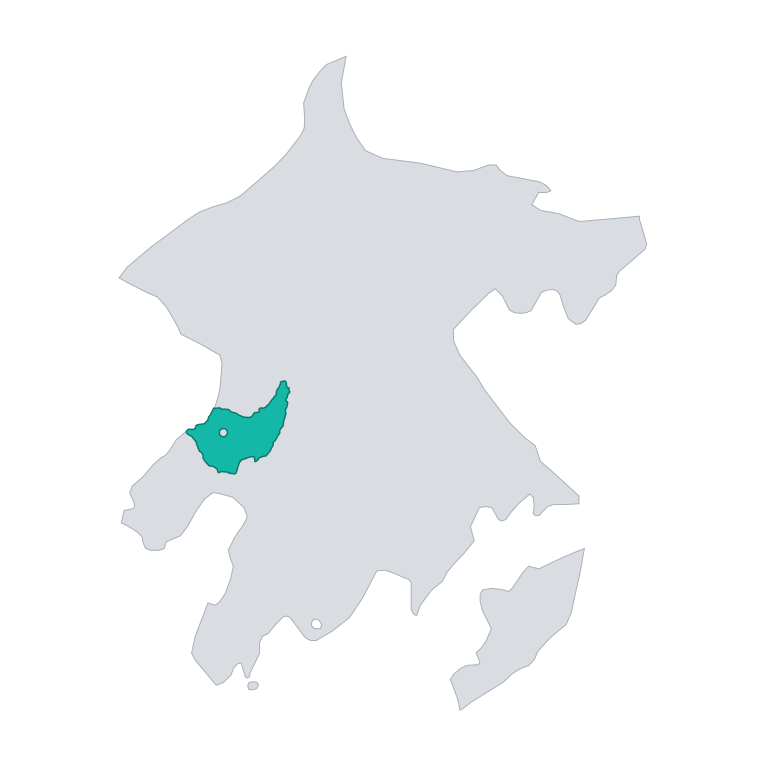 Shaki District, Şəki, Azerbaijan (highlighted), rotated 268°
{"feature_id": "54616110B25010354244926", "entity_name": "Shaki District", "entity_type": "district", "adm_level": 2, "iso_a3": "AZE", "parent_name": "Azerbaijan", "parent_adm1": "Şəki", "projection": "orthographic", "projection_center": [47.215, 41.108], "detail": "fine", "context": "in_parent", "style": "filled", "palette": "teal", "viewbox_px": 768, "rotation_deg": 268, "n_neighbors": 0, "source": "geoboundaries", "source_scale": "gbopen_adm2", "svg_char_len": 6268}
<svg xmlns="http://www.w3.org/2000/svg" viewBox="0 0 768 768"><g transform="rotate(268 384 384)"><path d="M542.8,645.3L539.4,645.1L514.9,651.4L509.7,649.6L488.3,623.1L483.9,620.2L474.8,619.1L469.5,614.7L465.0,607.6L462.5,602.2L440.7,587.9L437.4,582.6L436.9,577.9L440.1,573.7L443.7,570.1L454.3,566.4L466.6,563.1L470.5,560.8L472.5,556.9L472.3,550.7L470.2,544.6L452.4,533.7L450.4,529.0L449.8,523.1L450.7,516.9L453.4,512.1L467.7,505.4L475.3,498.6L470.5,491.1L454.8,474.0L436.3,455.3L424.0,455.2L410.0,460.9L387.5,477.2L375.0,484.1L358.7,495.6L340.9,508.3L326.3,521.8L317.1,532.9L300.9,537.8L292.6,547.1L265.2,575.0L257.5,574.6L257.2,560.6L257.6,549.6L256.0,543.2L247.2,534.4L247.1,530.7L249.5,528.4L256.3,529.8L264.9,529.4L269.1,526.0L259.9,514.5L251.7,506.7L244.8,501.5L243.3,498.4L243.3,496.2L244.8,493.6L256.7,487.4L258.0,481.6L257.2,475.1L238.4,465.4L224.2,468.7L211.7,457.8L203.7,449.4L193.6,440.4L184.7,435.4L176.2,424.1L161.3,412.3L151.7,408.8L151.9,407.1L153.7,405.0L157.8,403.3L184.5,404.2L187.8,402.2L189.6,397.3L193.3,390.0L197.8,379.3L197.5,370.3L171.0,355.2L151.8,341.4L138.7,323.4L129.9,307.0L130.3,301.6L133.1,296.5L154.0,282.0L155.5,278.1L155.1,275.5L147.9,267.7L138.8,259.6L136.0,253.8L130.3,250.7L119.2,250.3L100.1,240.1L96.0,239.1L95.1,237.1L96.1,235.2L110.0,231.6L109.9,228.4L105.8,224.0L98.1,220.7L91.1,212.8L88.8,205.8L114.2,186.1L121.6,182.3L137.8,186.3L171.3,200.4L168.8,207.8L172.2,212.1L179.9,217.9L194.7,224.0L207.3,227.1L213.7,224.7L223.4,222.6L236.0,229.4L247.6,238.0L253.3,241.5L256.4,242.6L265.3,239.8L276.0,229.0L280.3,215.8L281.5,209.5L275.4,200.7L262.7,191.2L248.6,182.7L239.5,175.3L233.8,160.7L228.0,159.0L226.5,157.1L225.6,152.2L225.9,145.3L228.0,140.0L233.8,137.7L239.6,137.0L244.9,132.0L251.5,122.1L254.3,116.6L266.6,119.8L268.2,128.8L270.4,130.7L275.5,129.6L284.0,126.0L290.8,128.9L299.4,139.5L311.5,150.8L318.0,158.3L320.5,163.5L326.7,168.6L335.7,174.5L342.9,183.8L349.4,205.4L355.9,210.4L379.3,218.5L387.5,220.2L410.6,222.9L418.6,220.8L430.3,202.1L440.8,182.9L450.6,178.8L468.4,169.3L479.0,160.4L483.4,150.9L493.2,133.0L499.3,122.9L509.9,131.6L528.6,155.4L555.4,194.1L562.1,205.1L566.6,217.8L570.6,233.4L576.9,247.0L604.4,281.1L616.3,293.6L635.6,309.7L642.4,313.2L651.3,314.0L667.5,313.5L682.6,319.5L690.2,323.8L698.0,330.2L705.2,337.5L712.8,357.6L686.5,351.8L660.3,353.7L645.6,358.6L631.4,364.9L617.8,373.7L609.6,390.4L603.3,428.5L593.4,464.3L594.2,480.7L599.3,496.3L598.9,503.8L594.0,507.1L588.0,514.0L580.5,546.8L576.5,553.4L571.3,557.5L569.8,553.7L569.9,545.2L558.1,537.9L552.1,546.4L548.2,564.5L540.0,583.5L539.6,587.1L542.8,645.3ZM150.4,310.8L151.6,305.7L148.4,303.4L144.9,303.2L141.9,305.7L141.8,312.0L145.9,313.3L150.4,310.8ZM60.8,456.9L56.9,451.6L55.2,448.6L66.9,446.6L86.5,440.0L91.7,443.6L97.2,450.8L99.9,457.0L100.2,468.3L102.5,470.2L112.0,466.7L116.1,471.3L123.3,477.0L135.8,482.7L154.2,474.5L163.3,472.5L170.8,472.8L174.8,475.5L176.0,484.4L174.4,495.2L172.2,501.1L176.0,505.5L190.8,516.2L196.9,522.2L193.8,532.2L204.6,557.0L208.3,566.6L212.6,578.5L189.6,573.6L148.4,562.9L137.1,557.6L126.6,543.6L120.3,536.9L111.1,528.1L103.4,524.7L97.6,518.7L94.5,509.8L89.8,501.8L81.5,492.3L63.2,460.3L60.8,456.9ZM90.4,246.4L87.8,248.0L84.1,246.2L83.0,242.3L83.4,238.2L87.2,237.3L90.3,238.6L91.1,242.3L90.4,246.4Z" fill="#d9dde1" stroke="#a8b0b8" stroke-width="1"/><path d="M389.5,280.6L387.9,280.6L387.2,280.3L385.5,279.4L384.2,278.9L382.9,277.5L380.1,276.2L378.9,276.1L376.4,275.7L375.3,274.1L374.0,273.2L372.9,272.1L371.3,270.7L370.1,269.9L368.9,269.0L367.4,267.9L366.3,266.1L364.9,264.9L364.4,263.7L364.0,262.0L364.4,260.5L364.0,258.9L362.9,258.2L362.1,258.6L360.5,258.1L359.9,256.6L360.1,255.0L359.8,253.5L358.7,252.7L357.8,251.9L356.7,251.4L355.6,250.3L355.5,249.0L355.2,247.1L355.4,246.0L355.6,244.6L355.7,242.8L356.2,241.6L356.5,241.0L357.3,239.4L358.2,237.5L359.2,236.4L360.1,234.9L360.7,232.5L360.7,232.4L361.2,231.1L361.8,229.8L363.3,228.6L364.1,227.1L364.1,225.9L364.5,223.6L364.3,221.4L365.2,220.0L365.9,218.9L365.7,216.4L365.6,214.4L365.7,212.8L364.1,212.2L362.1,210.9L359.3,209.6L357.2,207.6L355.4,207.1L353.7,206.5L353.4,205.8L352.2,204.7L351.0,203.5L350.4,202.0L350.2,200.2L350.2,198.8L349.8,196.8L349.2,194.9L348.1,194.3L346.1,193.8L345.3,191.9L345.3,190.5L345.5,189.0L345.7,187.7L345.2,186.4L343.7,184.9L342.3,184.8L340.9,185.9L340.1,187.1L339.5,188.1L338.4,189.8L337.5,190.8L335.3,192.2L334.4,193.0L332.8,194.2L330.3,194.7L329.3,195.0L328.0,195.6L325.8,196.2L325.1,196.7L323.4,197.1L322.3,198.7L320.6,200.2L319.1,200.6L317.8,200.7L316.1,200.6L315.4,201.1L314.1,201.8L312.7,202.6L312.0,203.4L311.2,204.1L310.8,204.1L310.0,205.1L309.1,205.7L308.2,206.7L308.0,207.9L308.0,209.3L307.3,211.0L306.8,211.5L306.4,212.3L305.7,213.2L304.9,214.2L303.1,214.7L302.6,214.7L301.2,215.4L301.6,216.8L302.2,218.9L301.7,221.4L301.6,223.5L301.2,225.2L300.2,225.9L300.1,227.4L299.8,228.9L299.5,231.0L299.6,232.5L301.0,233.3L302.5,233.9L303.3,234.2L305.0,234.7L306.7,235.2L307.9,235.7L309.5,236.4L310.5,236.7L311.0,237.1L311.7,237.3L311.4,237.5L313.3,239.3L313.8,241.4L314.5,243.7L315.0,244.8L315.5,246.4L315.8,247.7L315.9,249.6L315.9,251.0L315.7,251.6L313.4,252.3L311.0,252.3L311.1,253.5L312.9,255.6L314.4,256.4L315.0,257.9L316.0,261.0L316.1,263.3L316.4,263.6L317.1,264.3L317.9,265.2L319.3,266.3L321.5,268.3L323.5,269.0L326.0,270.7L327.3,271.2L329.5,271.2L329.7,271.5L331.2,273.2L332.4,274.0L333.8,274.8L335.8,276.0L337.5,277.3L338.5,278.1L341.3,278.1L342.5,278.9L344.2,280.4L345.9,281.7L347.8,282.1L349.9,282.2L352.5,283.1L353.8,283.7L355.4,284.2L355.8,284.3L357.7,284.9L360.3,284.6L361.8,284.6L363.7,285.8L365.5,286.4L366.9,286.8L368.3,287.1L369.8,286.6L370.7,285.4L371.1,285.1L372.8,285.8L373.9,286.9L375.7,287.1L377.0,287.4L378.3,289.1L379.6,289.6L380.7,288.9L382.1,288.8L383.4,288.8L383.2,288.4L383.1,288.1L383.9,287.2L385.0,286.7L386.3,286.5L387.1,286.5L387.8,286.5L388.5,286.4L389.6,286.1L390.4,285.5L390.5,285.0L390.4,284.0L390.3,282.9L389.9,281.5L389.5,280.6ZM343.2,225.2L342.3,225.7L340.5,225.9L339.2,225.5L338.1,224.4L337.2,223.5L336.9,223.2L336.7,222.2L336.9,221.3L337.0,221.0L337.4,220.0L338.0,218.8L338.9,218.1L340.2,218.0L341.5,217.7L342.8,218.1L343.1,218.2L343.7,218.9L344.7,219.8L344.9,220.5L345.0,222.0L344.9,223.5L344.3,224.4L343.3,225.1L343.2,225.2Z" fill="#14b8a6" stroke="#0f766e" stroke-width="1.5"/></g></svg>